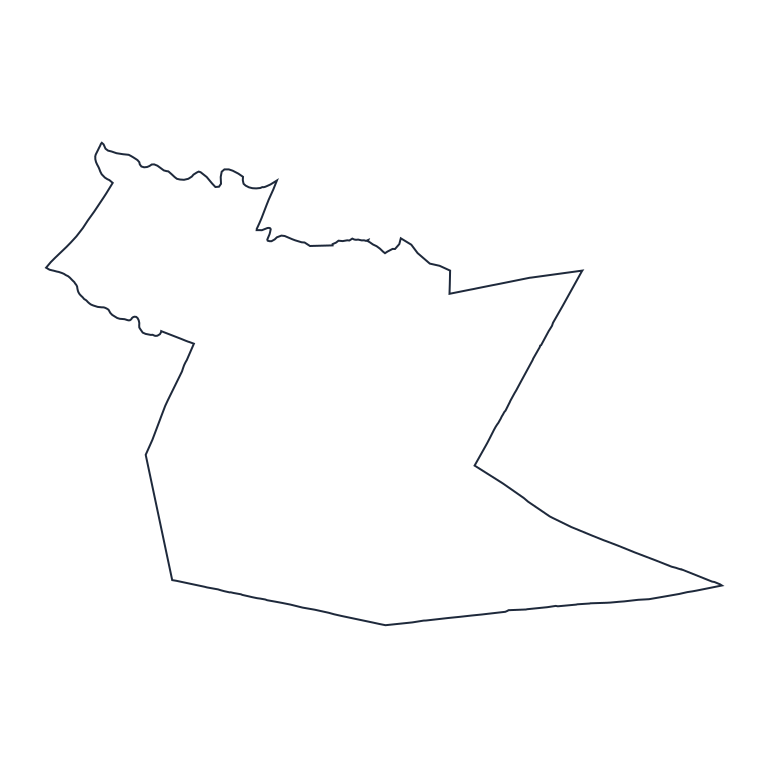 outline of Santa Lucía Ocotlán, Oaxaca, Mexico
{"feature_id": "50627088B69652036607409", "entity_name": "Santa Lucía Ocotlán", "entity_type": "district", "adm_level": 2, "iso_a3": "MEX", "parent_name": "Mexico", "parent_adm1": "Oaxaca", "projection": "mercator", "projection_center": [-96.672, 16.727], "detail": "fine", "context": "isolated", "style": "outline", "palette": "slate", "viewbox_px": 768, "rotation_deg": 0, "n_neighbors": 0, "source": "geoboundaries", "source_scale": "gbopen_adm2", "svg_char_len": 4730}
<svg xmlns="http://www.w3.org/2000/svg" viewBox="0 0 768 768"><path d="M582.3,270.6L530.5,277.7L530.0,277.7L503.7,283.0L497.2,284.3L492.0,285.3L477.5,288.2L473.2,289.1L470.0,289.7L460.5,291.6L458.5,292.0L449.5,293.8L449.8,284.3L450.1,270.6L439.6,265.8L429.8,263.6L417.6,253.1L411.3,244.7L400.8,238.3L399.3,244.1L395.0,249.0L392.6,248.9L387.4,251.6L385.0,253.2L383.1,251.7L380.0,248.7L376.6,246.2L373.0,244.5L369.7,242.2L367.9,241.2L368.4,239.9L366.1,240.9L364.0,240.3L361.8,240.4L359.9,240.0L358.2,239.6L356.0,239.8L354.2,239.5L352.3,238.6L349.4,240.5L347.2,240.3L342.7,241.1L338.5,240.7L335.9,242.7L332.6,244.1L332.6,245.4L313.2,245.9L310.0,246.0L304.6,242.5L301.7,242.3L295.1,240.3L292.2,239.2L284.7,236.0L281.4,235.6L276.9,237.3L274.7,239.4L271.5,241.2L269.6,241.2L267.7,240.7L267.3,239.6L268.1,237.6L269.6,234.1L270.1,232.1L270.7,229.2L270.2,228.3L269.0,227.9L267.5,228.0L261.9,230.2L257.9,230.1L256.8,230.1L256.7,230.1L256.8,229.6L256.7,229.0L259.3,223.4L261.6,218.0L266.9,204.2L268.0,201.5L268.6,199.9L268.7,199.7L273.3,189.5L276.9,180.5L270.4,184.5L267.1,186.0L265.2,186.8L263.7,187.2L262.3,187.1L260.3,188.0L256.2,188.4L252.4,188.2L248.9,187.3L245.6,185.6L243.6,183.8L243.3,182.6L242.8,180.1L243.0,176.8L238.3,173.6L232.7,170.7L228.8,169.4L224.4,169.4L221.7,171.7L220.7,177.0L221.0,183.8L219.0,186.7L215.4,187.0L212.1,183.5L206.7,177.0L203.9,174.8L200.6,172.2L198.7,171.6L196.8,172.5L193.5,174.6L191.8,176.6L188.3,178.8L184.0,179.8L179.9,179.5L176.9,178.8L174.7,177.1L171.6,174.2L168.4,171.4L166.4,171.1L163.8,170.4L159.2,167.0L157.4,165.7L154.2,164.4L151.7,164.5L149.5,166.0L147.1,167.0L144.1,167.3L141.4,166.5L139.8,164.4L139.3,162.2L137.5,160.1L136.0,159.1L133.2,157.3L130.8,155.9L128.7,154.8L122.8,154.2L122.3,154.1L116.5,153.2L111.6,151.5L108.0,150.6L105.5,148.7L103.6,144.4L101.8,142.8L100.9,143.9L100.1,145.8L99.1,147.7L98.0,150.0L96.8,152.4L95.7,154.6L95.2,156.7L95.3,157.1L95.3,159.1L96.0,162.0L97.1,164.5L98.2,166.5L99.1,168.4L100.3,171.6L101.7,174.3L104.9,177.6L107.4,179.2L109.4,180.1L112.7,182.9L106.2,193.5L103.6,197.5L95.2,210.1L94.2,211.6L87.8,220.5L82.9,228.0L76.4,236.4L70.6,242.7L66.5,246.9L55.2,257.7L50.8,262.1L46.1,267.7L49.5,269.7L52.3,270.4L53.3,270.6L57.0,271.6L58.6,271.9L61.9,273.0L64.0,273.9L65.8,275.1L68.1,276.2L69.8,277.6L72.6,280.5L74.3,282.1L75.2,283.6L76.1,284.6L77.1,286.5L77.4,288.6L77.9,290.8L78.5,292.4L79.6,294.2L80.9,295.6L82.7,297.3L84.1,299.0L85.9,300.1L86.4,300.5L86.8,300.9L88.0,302.2L89.5,303.5L91.1,304.6L93.3,305.5L95.2,306.1L97.7,306.9L99.6,307.1L101.5,307.3L103.2,307.3L104.6,307.6L106.4,308.4L107.8,309.2L108.7,310.0L109.3,311.1L110.3,312.9L112.2,314.9L114.6,316.4L117.2,318.0L119.8,318.8L122.5,319.0L124.6,319.2L125.9,319.6L127.4,320.1L128.9,320.4L130.0,320.2L131.2,319.3L132.1,317.9L133.2,317.1L134.5,316.7L136.2,316.9L137.6,318.1L138.7,320.3L139.3,323.0L139.2,325.5L139.3,327.5L140.2,329.0L142.7,332.6L145.6,333.9L150.7,334.9L152.6,334.8L154.6,335.7L155.8,335.9L157.4,335.7L159.9,334.2L161.0,332.3L161.2,331.1L162.1,331.5L177.6,337.5L179.4,338.2L181.2,338.9L185.6,340.7L188.5,341.8L189.0,341.9L193.9,343.7L186.7,360.3L186.0,361.4L185.1,363.1L184.1,365.2L183.0,368.3L182.0,371.4L167.9,400.1L165.2,405.9L160.6,418.0L160.4,418.6L152.4,439.8L145.7,454.8L172.2,580.1L176.4,580.8L190.5,583.8L204.7,586.8L206.9,587.4L218.1,589.4L218.7,589.6L220.6,590.2L224.3,591.2L229.7,592.4L230.7,592.3L233.7,593.0L241.0,594.3L242.3,594.9L249.4,596.5L251.9,597.1L257.2,598.2L260.3,598.6L265.3,599.5L267.1,600.2L275.0,601.6L282.0,602.9L290.5,604.6L302.6,607.6L314.7,609.7L328.8,612.8L334.2,614.3L341.7,616.0L373.1,622.6L379.5,624.0L385.5,625.2L412.4,622.4L423.6,620.6L426.1,620.5L448.2,618.0L460.1,616.8L471.8,615.5L481.8,614.5L488.7,613.7L505.3,611.8L507.8,610.7L508.4,610.2L525.9,609.5L527.3,609.2L547.2,607.2L555.8,605.9L557.8,606.3L576.2,604.6L577.3,604.3L589.9,603.5L590.3,603.3L606.0,602.8L610.0,602.6L616.7,602.0L618.7,601.8L624.1,601.4L638.2,599.8L649.0,599.2L666.4,596.2L677.8,594.2L679.0,594.0L687.4,592.1L690.7,591.6L692.1,591.4L696.5,590.6L721.9,585.5L720.0,584.3L714.4,582.0L712.1,581.6L681.3,569.3L681.2,569.5L677.9,568.5L675.9,567.8L671.6,566.7L655.2,560.2L646.0,556.7L634.7,552.4L617.9,545.6L606.1,541.1L604.1,540.4L592.1,535.6L589.7,534.6L571.2,527.0L552.8,518.0L549.7,516.4L528.1,501.7L523.9,498.1L502.8,483.4L474.6,465.6L487.1,443.3L489.5,438.7L493.9,430.0L495.6,426.9L496.5,425.5L497.2,424.4L498.4,422.8L499.7,420.4L500.6,418.9L501.2,417.6L501.9,416.2L502.8,414.8L503.6,413.3L504.4,411.9L505.5,410.7L510.1,401.5L510.2,401.1L514.7,392.9L516.1,390.6L520.7,382.0L532.6,360.1L533.2,358.6L539.2,348.1L539.6,347.5L540.2,345.6L541.1,345.2L548.8,330.9L549.4,330.0L552.0,325.8L553.0,322.8L562.5,306.2L581.9,271.2L582.3,270.6Z" fill="none" stroke="#1e293b" stroke-width="2"/></svg>